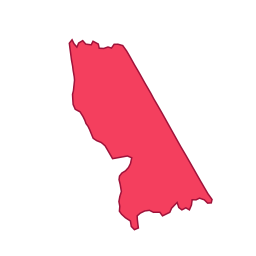 Guarujá do Sul, Santa Catarina, Brazil, rotated 64°
{"feature_id": "56859067B52966542395998", "entity_name": "Guarujá do Sul", "entity_type": "district", "adm_level": 2, "iso_a3": "BRA", "parent_name": "Brazil", "parent_adm1": "Santa Catarina", "projection": "robinson", "projection_center": [-53.479, -26.4], "detail": "fine", "context": "isolated", "style": "filled", "palette": "rose", "viewbox_px": 256, "rotation_deg": 64, "n_neighbors": 0, "source": "geoboundaries", "source_scale": "gbopen_adm2", "svg_char_len": 1358}
<svg xmlns="http://www.w3.org/2000/svg" viewBox="0 0 256 256"><g transform="rotate(64 128 128)"><path d="M26.1,143.6L42.2,149.0L48.3,150.7L52.0,152.0L58.5,153.9L61.6,155.1L70.7,160.8L73.4,163.1L77.4,164.8L82.8,167.0L88.1,167.2L92.5,164.0L98.0,163.4L102.2,163.4L105.6,163.8L108.8,163.2L112.6,163.2L116.8,163.5L122.0,163.8L125.6,161.7L129.3,158.4L133.9,156.4L137.7,156.1L148.8,155.3L152.9,140.8L156.4,137.7L161.1,141.4L163.7,144.8L165.4,149.0L165.8,153.3L167.5,156.7L170.5,158.7L175.1,159.7L178.8,160.8L182.2,161.8L186.0,165.4L190.1,168.4L194.8,169.7L199.0,172.2L202.6,171.6L207.5,169.7L212.6,166.6L217.9,168.2L222.2,166.8L222.4,162.5L218.5,161.2L214.3,159.7L211.0,158.3L209.9,154.3L209.9,149.3L211.4,144.8L214.9,142.1L217.7,136.3L222.1,135.5L222.1,127.4L219.2,124.0L217.7,120.0L216.5,116.5L221.7,117.2L225.2,115.5L225.1,111.0L228.5,108.7L225.0,104.7L220.6,101.8L222.4,98.3L222.4,94.5L226.0,90.9L230.4,89.4L231.8,86.0L229.1,83.8L222.1,85.0L207.3,86.1L193.1,87.0L183.9,87.6L177.8,88.0L167.8,88.8L144.2,90.1L129.5,90.9L120.7,91.5L112.9,92.1L106.7,92.3L94.4,93.2L88.6,93.5L82.0,93.9L74.2,94.5L63.4,95.1L58.1,95.5L51.6,96.6L48.3,100.3L46.7,103.8L48.9,107.8L46.4,110.5L45.9,114.9L43.7,118.9L39.5,117.9L34.7,121.4L37.1,124.6L34.1,129.2L29.6,130.4L30.0,135.1L32.9,138.5L28.5,139.6L24.2,139.6L26.1,143.6Z" fill="#f43f5e" stroke="#9f1239" stroke-width="1.5"/></g></svg>